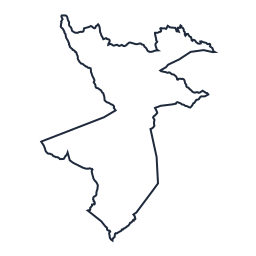 outline of Caetité, Bahia, Brazil
{"feature_id": "56859067B25942812879091", "entity_name": "Caetité", "entity_type": "district", "adm_level": 2, "iso_a3": "BRA", "parent_name": "Brazil", "parent_adm1": "Bahia", "projection": "orthographic", "projection_center": [-42.469, -13.986], "detail": "fine", "context": "isolated", "style": "outline", "palette": "slate", "viewbox_px": 256, "rotation_deg": 0, "n_neighbors": 0, "source": "geoboundaries", "source_scale": "gbopen_adm2", "svg_char_len": 5621}
<svg xmlns="http://www.w3.org/2000/svg" viewBox="0 0 256 256"><path d="M128.4,225.6L129.7,223.8L130.1,222.8L131.3,222.5L132.3,221.4L132.9,220.4L133.7,220.6L133.8,219.6L134.7,219.6L135.4,218.8L135.0,217.8L134.8,216.4L134.1,215.4L133.4,214.5L136.3,212.6L153.4,189.7L158.0,183.4L156.6,157.0L150.5,129.0L151.6,128.6L152.6,127.9L153.5,127.1L154.4,125.7L154.1,124.5L154.0,123.2L154.0,121.8L154.4,120.8L154.4,119.4L153.6,118.5L153.1,117.4L153.8,116.2L154.7,115.7L157.2,113.0L157.1,112.1L156.2,110.3L155.0,107.9L160.7,105.8L172.3,104.4L175.9,103.7L176.2,102.9L177.1,102.2L178.4,102.5L179.8,103.0L181.0,103.6L181.9,104.4L183.6,104.7L184.3,105.1L185.3,105.9L186.4,106.0L187.6,106.4L188.4,107.0L189.2,107.3L190.2,107.5L190.9,107.0L192.2,105.4L193.3,103.3L194.2,103.0L195.5,101.2L195.8,100.5L196.5,99.8L198.0,99.6L198.9,99.1L199.9,97.5L200.5,96.9L201.2,96.4L204.4,96.4L205.1,96.2L208.3,94.5L207.7,93.6L207.2,93.1L206.1,92.9L205.4,92.6L204.7,91.9L203.7,91.5L202.7,90.7L199.7,92.6L198.6,92.8L198.0,92.4L196.9,92.1L194.8,92.7L193.3,92.2L192.3,91.6L191.3,90.4L190.4,89.8L189.7,89.0L189.1,88.6L188.4,87.6L187.2,87.3L186.5,86.6L186.2,85.9L186.3,84.8L185.6,83.9L185.1,83.1L184.5,80.4L183.8,79.4L182.7,78.8L181.8,79.0L181.0,78.8L179.3,78.8L178.6,78.9L177.9,79.7L177.1,79.4L176.9,78.0L176.1,76.5L175.2,75.7L173.7,74.5L171.7,74.2L169.9,72.6L168.7,72.4L167.8,72.8L166.8,72.6L165.7,72.1L162.4,71.5L161.0,71.1L160.3,70.5L166.0,67.2L168.1,64.7L179.2,59.4L190.6,51.9L203.6,50.1L212.7,52.1L214.8,52.0L213.9,51.5L213.3,50.7L212.4,48.1L210.0,46.4L210.3,45.0L210.0,44.1L209.3,43.8L208.1,44.2L207.0,43.8L206.4,43.0L204.8,42.5L203.9,42.4L201.3,41.3L200.3,41.5L200.7,42.4L200.8,43.4L199.7,43.7L198.6,43.7L197.9,43.4L196.3,42.3L195.8,41.8L195.3,40.8L194.6,40.2L193.9,39.9L193.1,39.9L192.5,40.8L191.7,40.3L191.1,37.2L189.9,36.7L188.8,35.5L187.9,33.9L186.5,34.0L186.1,34.9L185.4,35.7L184.8,34.6L184.8,32.1L183.9,31.2L183.6,29.2L183.1,28.2L181.3,27.2L181.5,26.2L180.5,25.4L180.1,26.4L180.4,27.1L180.0,27.9L178.9,27.7L177.8,27.8L177.6,28.5L178.0,29.8L178.8,31.7L177.8,31.4L176.6,31.3L175.9,29.2L175.3,27.9L170.1,27.4L169.0,26.8L168.4,26.2L167.7,25.8L167.2,26.8L166.8,27.8L166.1,28.9L164.8,28.3L162.8,28.5L161.0,28.0L160.3,28.5L160.9,30.1L161.1,31.1L160.4,31.8L159.6,31.8L158.1,32.6L157.3,32.8L155.0,32.8L155.0,33.9L156.2,39.2L156.2,40.3L157.2,41.8L155.7,43.5L155.4,44.6L155.9,46.9L156.4,47.9L156.5,48.7L156.8,49.5L158.1,50.4L156.0,50.5L154.2,50.9L153.0,51.5L151.2,51.8L150.0,51.9L148.5,51.4L147.7,50.9L146.4,48.5L145.6,47.5L144.5,46.7L143.6,44.9L141.7,44.4L140.9,43.6L140.0,43.4L137.5,44.1L136.0,44.2L130.9,42.7L130.1,42.5L129.0,42.7L127.1,44.3L126.3,45.2L124.8,46.0L124.0,46.1L123.2,45.8L121.8,44.9L119.5,45.9L118.7,45.8L117.2,44.8L116.0,44.9L114.5,45.5L113.6,45.6L112.8,45.3L111.8,44.5L110.6,44.0L109.8,44.0L109.2,44.4L108.3,44.8L108.5,43.5L109.2,42.5L109.7,41.4L109.6,40.4L109.3,39.7L108.3,39.2L107.0,39.0L106.4,38.2L105.5,38.3L104.6,38.8L103.3,39.2L102.2,36.7L101.7,36.2L101.4,35.5L101.0,34.1L100.6,33.2L100.2,32.2L99.8,29.0L99.6,27.2L98.7,25.0L98.1,24.3L96.7,25.8L95.9,26.2L95.2,28.0L94.3,28.3L93.3,27.7L91.5,26.3L90.8,26.0L90.0,26.5L88.2,27.2L84.1,28.3L83.5,31.1L82.9,31.7L81.8,31.9L80.8,31.8L78.8,32.2L78.0,32.7L77.1,32.8L76.0,32.8L75.1,32.6L74.2,32.3L72.1,30.8L71.7,29.8L71.6,28.7L71.0,27.5L69.5,26.0L69.1,25.0L69.0,23.8L69.1,22.8L68.9,21.8L67.9,20.1L67.4,17.8L67.0,16.7L66.3,15.8L65.3,15.4L64.3,15.5L61.9,15.4L61.4,16.1L61.5,17.1L62.6,19.1L61.6,20.9L61.1,21.5L61.5,22.6L61.0,23.9L61.0,25.3L60.7,26.3L61.3,27.5L62.0,28.0L63.3,29.4L63.5,30.3L64.3,31.3L64.4,32.6L65.6,34.3L65.7,35.8L66.0,36.8L66.2,37.8L68.3,41.4L68.4,42.3L68.9,43.0L69.2,43.9L69.0,44.7L69.7,45.6L69.8,46.8L71.4,48.4L72.3,49.0L72.7,49.9L73.7,50.2L74.7,50.9L75.2,51.9L76.0,52.1L76.4,52.7L76.8,54.4L77.4,55.4L77.7,56.3L77.8,57.3L77.7,58.5L78.1,59.5L79.6,62.0L80.4,62.7L81.0,63.5L82.8,64.0L84.2,65.3L85.4,66.0L86.0,66.6L86.9,66.7L87.7,67.5L88.5,67.9L89.4,67.8L90.6,68.3L90.9,69.8L90.9,70.9L91.0,72.0L91.5,73.1L92.2,75.5L94.1,79.3L94.4,80.1L94.4,80.9L93.9,81.6L93.7,82.4L94.8,83.8L95.2,84.5L95.5,85.7L95.6,86.6L95.9,87.5L96.5,87.9L97.4,88.1L98.5,88.5L99.2,89.2L101.2,90.5L101.8,91.9L102.3,92.5L103.1,93.1L103.5,93.8L103.6,94.8L104.1,95.8L104.5,98.3L104.5,99.5L104.7,100.4L106.5,102.0L107.8,102.6L108.7,102.8L111.4,104.5L112.3,104.7L113.5,105.6L114.1,106.7L113.8,107.8L114.5,108.9L115.2,109.7L115.6,110.4L103.9,117.3L41.9,141.3L41.2,141.7L43.8,145.6L45.0,148.7L45.3,150.0L45.8,151.3L46.6,152.3L47.5,153.2L48.3,153.7L49.6,153.6L50.7,154.1L52.0,154.5L52.7,155.3L53.3,156.1L54.8,156.5L55.7,157.1L57.7,157.2L58.6,157.9L59.4,158.3L59.8,159.0L60.8,159.1L63.7,158.9L64.4,157.9L65.1,156.5L66.4,155.1L67.2,153.7L67.6,152.5L69.8,160.3L73.1,162.8L83.1,167.8L85.8,168.6L86.7,168.7L88.5,168.7L89.5,168.3L90.7,168.7L92.0,168.9L92.5,169.6L91.9,170.6L91.7,171.5L92.7,175.9L93.2,177.1L93.4,178.5L94.8,180.7L96.1,182.0L96.7,182.9L97.7,184.9L97.9,185.8L97.6,186.8L97.6,187.6L97.4,189.3L96.9,190.4L96.4,192.6L96.4,194.6L96.0,195.4L95.0,196.2L93.9,196.7L93.3,197.6L93.3,198.6L93.1,199.5L93.8,200.5L93.7,201.4L94.6,202.0L94.8,203.6L94.5,204.3L93.6,204.0L92.8,204.7L92.0,204.7L92.0,205.8L90.8,207.2L90.1,208.0L90.3,209.0L90.1,210.0L89.4,210.4L88.6,210.2L87.7,210.5L101.3,221.3L105.6,226.7L106.8,227.5L107.1,228.4L107.0,229.4L107.5,230.0L108.6,230.7L109.7,230.7L110.2,231.7L109.6,232.1L109.1,233.2L109.6,235.6L109.8,237.4L110.5,238.9L111.1,239.6L112.5,240.6L112.7,238.6L114.6,237.0L114.7,235.7L115.1,233.7L115.9,233.1L116.8,233.4L118.7,232.1L121.1,230.9L121.6,230.3L121.8,229.5L123.0,229.5L123.5,228.6L124.6,228.4L125.4,227.6L126.3,227.2L126.8,226.6L128.4,225.6Z" fill="none" stroke="#1e293b" stroke-width="2"/></svg>